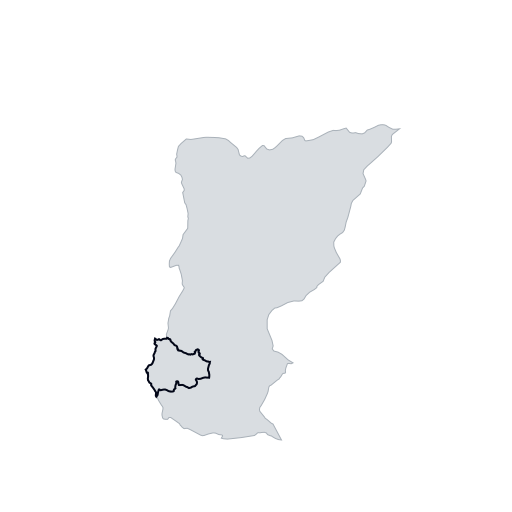 Ouham-Pendé highlighted on a map of Central African Republic, rotated 305°
{"feature_id": "CAF-805", "entity_name": "Ouham-Pendé", "entity_type": "Prefecture", "adm_level": 1, "iso_a3": "CAF", "parent_name": "Central African Republic", "parent_adm1": "", "projection": "mercator", "projection_center": [16.39, 6.719], "detail": "fine", "context": "in_parent", "style": "outline", "palette": "ink", "viewbox_px": 512, "rotation_deg": 305, "n_neighbors": 0, "source": "natural_earth", "source_scale": "10m", "svg_char_len": 8393}
<svg xmlns="http://www.w3.org/2000/svg" viewBox="0 0 512 512"><g transform="rotate(305 256 256)"><path d="M346.0,196.8L350.2,197.9L351.0,199.3L349.8,203.5L350.6,206.2L353.0,208.5L355.4,209.4L357.8,210.0L365.8,211.4L369.2,212.9L373.6,218.0L379.2,222.5L380.5,224.9L380.3,227.1L378.6,229.8L378.9,230.9L381.4,233.5L384.3,236.3L389.7,239.3L399.0,244.1L403.2,247.2L404.6,249.6L407.0,252.3L410.3,254.7L412.5,256.5L411.0,261.7L411.5,263.4L412.3,264.9L414.2,266.9L415.0,269.6L416.9,272.9L419.2,274.4L423.0,274.9L425.0,276.5L429.2,279.1L433.3,281.3L435.0,282.9L436.1,284.3L437.0,285.9L437.5,287.5L437.6,291.0L438.3,295.4L440.5,298.4L442.5,300.6L434.2,298.1L433.0,298.0L431.5,298.4L427.2,301.6L425.8,302.0L420.3,301.3L407.1,298.8L397.0,296.4L393.9,295.6L388.5,294.8L384.9,296.4L381.5,302.0L380.6,303.1L375.3,304.7L372.8,304.3L366.6,305.8L357.2,303.5L353.8,303.9L351.2,305.1L344.4,307.6L340.3,309.1L335.5,310.4L330.9,312.4L327.9,313.5L324.9,313.5L322.2,312.3L319.2,311.4L315.7,311.2L312.0,311.7L308.9,314.0L307.6,315.5L304.9,319.8L301.7,326.6L300.4,328.0L299.3,328.7L284.5,325.3L278.1,324.5L273.8,325.5L268.4,323.6L266.1,323.3L265.0,323.9L262.0,323.0L257.1,320.7L252.4,319.7L248.2,320.0L245.7,319.3L243.6,317.0L240.9,312.8L236.1,308.7L229.7,305.4L225.7,302.9L224.1,301.2L220.6,300.3L215.3,300.1L210.2,301.7L202.8,306.9L196.0,317.5L192.2,321.6L189.2,322.6L188.4,325.2L189.9,329.2L190.3,333.9L189.3,341.9L189.7,347.6L188.0,346.7L186.5,344.0L185.8,343.5L181.3,344.7L178.9,345.8L177.7,346.9L176.7,347.0L175.3,345.5L174.2,345.3L172.4,345.5L170.6,345.5L169.5,345.3L168.7,345.5L166.6,344.6L158.8,342.4L157.5,341.6L156.0,341.7L151.9,343.6L149.8,344.2L143.4,345.4L136.6,346.0L134.0,346.0L132.2,346.9L131.0,348.1L128.9,355.4L128.3,356.7L128.4,358.5L127.8,364.4L128.1,366.3L119.9,382.4L118.5,379.7L117.7,376.6L117.4,372.9L117.5,372.0L117.0,370.9L116.3,367.9L117.0,366.0L116.4,364.0L114.9,362.1L113.4,360.6L112.6,359.2L111.9,358.7L110.3,358.4L108.1,357.7L99.0,348.3L89.6,337.6L87.6,334.1L86.9,332.1L89.2,331.9L89.8,331.5L89.8,330.6L88.4,327.9L87.7,324.4L86.5,322.3L82.8,319.0L79.3,316.5L78.1,315.2L77.5,313.4L76.1,301.9L75.5,298.6L74.4,297.2L73.6,296.5L73.3,295.7L73.4,293.6L73.9,291.8L73.9,291.1L74.8,289.5L74.8,278.8L73.7,277.3L71.6,277.3L70.4,275.7L69.5,273.8L69.8,272.4L71.8,270.2L73.2,269.3L77.2,267.6L78.4,266.8L79.1,265.7L79.5,264.3L81.9,258.8L85.4,253.3L86.9,252.2L90.4,244.1L91.2,242.0L91.8,240.0L92.9,238.3L96.8,235.6L99.7,230.8L102.8,231.0L106.0,231.8L110.2,232.2L113.4,231.2L115.5,229.4L125.5,226.1L126.2,223.5L127.8,222.2L129.7,221.0L130.3,220.8L130.4,221.7L131.5,224.4L133.8,227.0L137.2,230.0L138.1,229.8L140.2,227.6L145.4,226.2L146.8,225.6L150.5,222.4L154.9,220.3L157.5,219.6L162.0,217.4L165.2,217.7L170.4,217.4L179.0,216.3L185.2,216.0L188.3,215.6L189.1,215.2L190.3,212.1L191.3,211.2L193.6,209.9L198.2,205.2L201.2,201.2L202.1,199.8L202.7,199.5L204.0,197.9L202.7,196.1L197.6,192.6L197.7,192.2L197.4,191.6L197.7,191.1L199.6,189.6L202.2,188.0L205.1,187.4L212.4,187.5L218.6,187.2L220.1,187.3L225.0,186.4L228.3,185.7L231.7,184.0L239.5,184.2L245.9,179.9L247.8,179.1L248.6,178.4L248.8,177.8L251.9,176.0L255.2,172.5L257.9,169.3L258.7,167.1L266.0,159.5L268.5,159.6L269.8,158.7L272.7,153.6L273.6,152.6L276.6,151.8L278.0,150.2L279.2,148.0L279.3,145.2L278.7,143.0L278.7,141.9L279.4,140.9L280.6,139.9L286.1,137.2L287.5,135.8L288.4,134.7L289.9,134.4L291.6,134.6L292.7,133.8L293.9,132.6L297.8,130.9L301.3,129.6L305.1,130.1L311.9,131.8L313.9,135.5L314.9,136.7L323.2,145.3L324.9,147.4L329.0,153.6L331.6,157.8L334.5,163.9L334.8,167.2L334.4,170.0L333.8,177.9L333.0,180.2L329.3,184.5L329.2,186.5L329.9,188.1L331.1,188.7L331.8,189.5L331.3,193.2L332.7,194.7L335.4,195.6L342.4,196.3L346.0,196.8Z" fill="#d9dde1" stroke="#a8b0b8" stroke-width="1"/><path d="M130.4,220.7L130.4,221.0L130.5,221.2L130.4,221.5L130.3,222.4L130.4,222.9L130.7,223.3L131.2,223.7L131.5,223.8L131.8,223.9L132.0,224.0L132.4,224.6L132.3,225.0L132.2,225.2L132.2,225.6L132.3,226.2L132.6,226.6L133.7,226.9L134.4,227.2L135.0,227.7L136.1,228.9L136.7,230.0L137.1,230.3L137.8,230.2L138.0,230.1L138.3,230.8L138.2,230.9L138.0,231.9L138.0,232.2L138.1,232.4L138.4,232.8L138.5,233.1L138.5,233.4L138.5,233.6L138.4,233.8L138.2,234.0L137.8,234.2L137.7,234.3L137.6,234.5L137.5,234.8L137.4,235.1L137.4,235.3L137.2,235.6L137.1,235.9L137.1,236.2L136.9,238.3L136.9,238.6L136.4,239.9L136.3,240.3L136.3,240.5L136.5,241.1L136.6,241.4L136.7,242.1L136.7,242.4L136.7,242.6L136.5,243.3L136.4,243.4L136.3,243.5L135.9,243.8L135.8,244.0L135.6,244.4L135.5,244.6L135.4,244.6L135.1,244.7L134.9,244.7L134.8,244.8L134.7,245.0L134.7,245.7L134.7,245.8L134.4,245.9L134.4,246.0L134.2,246.2L134.1,246.3L134.2,246.5L134.3,246.8L134.3,247.2L134.4,247.4L134.5,247.6L134.8,247.8L135.0,248.2L135.1,248.8L135.2,249.0L135.4,249.2L135.4,249.4L135.5,249.5L135.4,251.6L135.5,252.3L135.6,252.7L136.0,253.8L136.3,254.9L136.3,255.9L136.5,256.7L136.6,257.1L136.9,257.2L137.0,257.3L137.2,257.6L137.4,258.5L137.5,258.8L137.8,259.0L138.3,259.1L138.5,259.2L138.6,259.4L138.7,259.7L139.0,260.4L139.0,260.5L139.3,260.8L139.8,260.9L139.9,261.0L140.0,261.1L140.1,261.3L140.3,261.5L140.5,261.6L140.9,261.7L141.0,261.8L141.2,261.7L141.4,261.6L141.6,261.6L141.9,261.6L142.0,261.5L142.0,261.4L142.1,261.1L142.2,260.9L142.3,260.8L142.6,260.9L142.7,261.0L142.9,261.0L143.1,260.9L143.3,260.9L143.5,260.9L143.6,261.0L143.8,261.0L144.1,261.0L144.4,260.8L144.5,260.8L144.8,260.9L145.0,261.0L145.3,261.3L145.5,261.4L145.8,261.5L146.1,261.7L146.2,261.9L146.2,262.1L146.2,263.0L146.1,263.3L145.9,263.4L145.7,263.4L145.4,263.3L145.0,263.5L144.8,263.7L144.6,264.1L144.4,264.2L144.2,264.2L144.0,264.4L143.9,264.7L144.0,264.9L144.1,265.2L144.1,265.3L144.0,265.5L143.9,265.6L143.8,265.9L143.7,266.0L143.4,266.0L143.1,266.2L142.9,266.2L142.7,266.0L142.4,266.0L142.2,266.2L142.1,266.3L142.0,266.6L141.9,266.9L141.8,267.2L141.8,267.7L141.7,268.2L141.6,269.2L141.7,270.1L141.7,270.3L141.8,270.5L142.0,270.8L142.0,271.0L141.7,271.4L141.5,271.5L141.4,271.5L141.1,271.4L140.8,271.5L140.7,271.8L140.7,272.0L140.9,273.1L141.1,273.5L141.2,273.9L141.2,274.3L141.2,274.5L141.4,276.1L141.5,276.4L141.6,276.6L141.8,276.8L142.0,277.0L142.1,277.4L142.2,277.6L142.3,278.2L142.5,278.7L142.8,279.0L142.1,279.3L141.8,279.5L141.5,279.7L141.3,279.8L139.7,280.0L136.2,281.3L135.0,282.1L134.5,282.8L134.0,283.8L133.5,284.3L131.9,285.9L130.4,286.9L129.4,287.4L128.9,286.5L128.3,285.7L127.6,284.3L127.2,283.8L125.8,282.5L123.7,281.1L122.8,280.1L122.3,279.5L122.1,279.0L122.0,278.5L121.8,277.9L121.4,277.6L121.0,277.5L120.5,277.5L120.2,277.6L120.0,277.9L119.4,279.3L119.1,279.7L118.7,280.1L118.2,280.4L117.6,280.7L117.0,280.9L116.4,280.9L115.8,280.7L115.3,280.7L114.7,280.7L114.4,280.6L114.1,280.4L113.2,279.4L112.4,278.9L111.8,278.5L111.1,278.3L110.8,278.1L109.6,277.1L109.3,276.7L109.2,276.3L109.3,275.1L109.2,274.9L108.9,274.2L108.8,273.7L108.6,271.1L108.5,270.4L108.2,269.7L107.6,268.9L106.7,267.8L106.3,267.2L106.1,266.8L106.3,266.6L106.5,266.2L108.1,264.7L108.4,264.2L108.4,263.7L108.1,263.2L107.7,262.8L107.4,262.7L107.3,262.8L107.2,262.9L107.1,263.0L106.9,263.1L106.4,263.5L106.1,263.7L104.0,264.2L102.2,265.1L101.7,265.5L101.4,265.9L100.8,265.8L100.5,265.7L99.7,265.4L99.0,265.6L98.5,266.0L98.1,266.1L97.4,265.7L96.7,264.9L95.9,263.8L95.9,263.6L95.9,263.4L95.8,263.1L95.5,262.8L95.4,262.7L95.3,262.2L95.2,261.8L95.1,261.5L95.1,261.2L95.1,260.5L94.8,259.1L94.7,258.7L94.5,258.1L94.0,257.4L93.2,256.5L91.6,255.1L91.3,254.8L91.2,254.6L91.3,253.9L91.3,253.5L91.2,253.2L90.9,253.0L88.2,253.9L86.1,254.9L85.9,255.0L85.5,255.1L84.7,255.1L84.1,255.0L83.6,255.0L83.9,254.3L84.3,253.9L84.8,253.6L86.5,252.7L86.9,252.4L87.1,252.0L87.6,250.7L88.2,249.5L89.1,247.0L89.6,245.2L89.8,244.6L90.1,244.1L90.4,244.0L91.0,243.7L91.3,243.4L91.3,243.1L91.2,241.4L91.2,241.1L91.4,240.8L91.8,240.1L92.3,238.8L93.0,238.2L93.4,237.8L95.6,236.6L96.9,235.6L97.1,235.4L97.3,234.9L97.5,234.7L98.2,234.7L98.3,234.6L98.4,234.3L97.8,233.7L97.9,233.3L99.5,231.2L99.7,230.8L100.7,231.1L101.7,231.2L103.8,230.9L105.1,231.0L106.6,232.4L107.7,232.7L108.7,232.7L112.5,231.8L113.0,231.6L113.9,231.0L114.3,230.6L115.0,229.7L115.4,229.3L115.9,229.0L116.5,228.8L118.3,228.6L119.3,228.2L120.0,228.2L120.6,228.2L121.1,227.8L122.1,227.0L122.7,226.8L125.3,226.4L125.6,226.2L125.7,225.8L125.7,223.8L125.9,223.2L126.3,222.9L126.6,222.9L126.9,223.0L127.2,223.1L127.6,223.0L127.8,222.8L128.1,222.0L128.3,221.7L128.8,221.3L129.3,221.1L130.4,220.7Z" fill="none" stroke="#020617" stroke-width="2"/></g></svg>